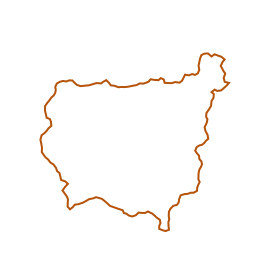 the district of Itaverava, Minas Gerais, Brazil, rotated 285°
{"feature_id": "56859067B81013948598468", "entity_name": "Itaverava", "entity_type": "district", "adm_level": 2, "iso_a3": "BRA", "parent_name": "Brazil", "parent_adm1": "Minas Gerais", "projection": "orthographic", "projection_center": [-43.608, -20.678], "detail": "fine", "context": "isolated", "style": "outline", "palette": "amber", "viewbox_px": 256, "rotation_deg": 285, "n_neighbors": 0, "source": "geoboundaries", "source_scale": "gbopen_adm2", "svg_char_len": 2399}
<svg xmlns="http://www.w3.org/2000/svg" viewBox="0 0 256 256"><g transform="rotate(285 128 128)"><path d="M159.5,62.0L158.8,58.9L157.0,56.5L156.6,52.9L154.8,50.0L152.4,47.7L148.9,47.1L146.0,48.4L143.3,48.6L140.3,47.9L137.7,46.1L134.8,45.1L131.8,43.7L127.7,42.2L123.1,43.4L119.5,45.4L116.9,46.7L116.4,50.3L114.0,52.0L110.2,53.4L107.2,51.3L103.9,50.0L101.4,48.6L98.6,46.4L94.1,46.4L90.2,48.4L86.7,50.0L82.4,51.0L79.9,53.9L78.3,55.9L76.9,59.0L74.6,61.9L73.4,65.6L70.8,68.8L68.0,70.7L66.8,73.4L64.0,75.0L60.5,76.9L60.2,81.1L58.5,84.4L54.7,82.4L50.7,80.9L48.2,84.0L46.0,86.7L43.7,88.4L39.6,89.3L36.4,90.0L34.4,93.0L37.2,95.1L40.1,96.4L41.7,100.0L44.3,103.9L46.5,106.2L49.2,108.9L51.1,112.7L52.9,115.0L52.9,117.9L52.8,121.2L51.4,124.3L49.8,127.7L48.1,130.8L47.8,134.9L47.4,139.8L47.2,144.2L44.8,146.0L44.8,148.7L43.7,151.3L43.6,154.9L45.7,158.1L49.0,160.1L49.7,164.0L50.4,166.6L52.5,168.8L51.6,173.5L50.3,176.3L48.9,178.9L47.5,182.6L44.4,184.0L41.7,183.5L38.7,184.2L38.2,187.7L38.2,191.0L40.3,193.9L44.7,192.2L47.4,191.4L50.7,191.4L53.6,190.1L57.8,189.2L61.0,189.9L64.5,191.9L66.5,195.2L69.2,196.2L72.5,195.8L76.6,196.3L78.7,199.6L80.0,203.0L81.8,205.5L82.4,208.1L85.1,210.9L88.1,210.3L90.9,210.5L94.4,211.2L96.6,209.3L99.8,208.5L103.1,207.8L106.3,207.7L109.1,208.5L112.1,208.9L114.8,207.5L116.4,205.0L119.6,203.8L121.4,201.2L123.4,198.8L127.1,199.2L129.5,201.3L131.1,204.0L133.6,205.7L136.0,206.7L138.3,208.3L141.9,206.7L145.2,203.6L148.6,201.8L153.4,202.7L156.9,202.5L159.1,200.5L162.8,199.9L167.2,201.5L171.0,202.5L175.6,201.7L179.4,202.8L183.0,202.1L184.3,199.4L187.5,201.8L186.9,204.7L188.5,208.3L191.9,210.6L195.0,212.6L197.7,213.8L197.6,209.5L201.1,207.5L205.8,207.8L207.7,205.5L209.8,203.6L212.0,201.5L216.4,202.3L219.2,203.6L221.0,199.7L221.2,196.3L221.6,192.6L218.7,190.2L220.7,186.0L219.6,182.5L217.3,180.0L213.5,179.6L209.6,179.9L206.5,180.0L202.7,181.8L198.8,181.3L196.6,178.9L196.7,176.0L194.6,173.1L194.3,169.3L190.6,168.6L187.7,168.0L185.1,166.0L184.6,161.7L182.6,158.6L181.8,154.9L181.1,151.7L184.1,150.0L184.7,146.8L182.1,145.1L181.3,141.3L180.9,137.2L178.0,135.9L176.4,133.7L174.9,131.5L174.1,127.8L171.7,125.2L169.9,121.4L167.9,117.4L166.6,114.0L166.0,111.2L164.9,108.2L165.3,104.0L164.7,100.4L166.7,97.9L168.6,94.6L166.3,92.2L164.1,90.5L163.2,85.8L161.2,82.6L159.1,79.2L157.6,75.0L156.2,71.5L156.4,67.6L157.8,64.7L159.5,62.0Z" fill="none" stroke="#b45309" stroke-width="2"/></g></svg>